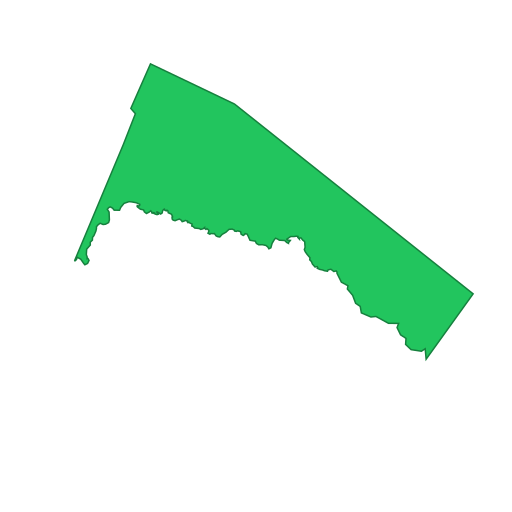 the district of Jasper, Texas, United States of America, rotated 306°
{"feature_id": "52423323B15193843372165", "entity_name": "Jasper", "entity_type": "district", "adm_level": 2, "iso_a3": "USA", "parent_name": "United States of America", "parent_adm1": "Texas", "projection": "mercator", "projection_center": [-94.183, 30.7], "detail": "fine", "context": "isolated", "style": "filled", "palette": "green", "viewbox_px": 512, "rotation_deg": 306, "n_neighbors": 0, "source": "geoboundaries", "source_scale": "gbopen_adm2", "svg_char_len": 2758}
<svg xmlns="http://www.w3.org/2000/svg" viewBox="0 0 512 512"><g transform="rotate(306 256 256)"><path d="M349.4,57.7L301.8,68.0L300.2,74.8L268.0,83.2L145.9,111.9L145.7,112.4L146.5,112.7L148.3,112.7L149.9,112.0L150.4,116.1L148.7,121.0L148.3,122.7L151.0,124.1L154.3,123.5L155.2,121.5L155.3,120.6L155.1,120.6L156.1,119.8L157.4,117.9L162.0,115.0L167.5,115.5L169.7,113.8L172.7,114.3L175.0,112.8L177.2,112.9L182.1,111.8L184.4,110.8L185.9,109.7L188.5,109.9L190.9,110.7L191.6,113.8L193.3,115.6L196.4,117.1L199.0,116.2L205.2,111.3L206.4,108.2L208.6,108.4L210.1,109.2L210.4,111.9L209.7,114.3L212.8,118.7L215.8,118.0L221.0,118.3L225.3,121.3L226.6,123.4L228.7,127.8L229.5,131.6L228.5,132.1L227.4,131.7L227.0,130.3L226.4,130.5L226.0,131.2L225.9,134.9L227.2,138.0L226.1,139.7L226.0,142.4L228.8,143.8L230.7,144.3L230.4,145.5L229.6,146.5L230.1,147.5L230.7,147.4L231.2,148.5L230.5,148.9L230.8,150.2L231.3,151.6L232.4,152.4L232.9,151.2L233.4,149.3L233.7,150.7L233.9,152.9L233.9,154.2L235.7,154.8L237.6,153.9L239.3,153.9L240.1,154.4L239.4,155.4L239.8,156.9L240.7,157.0L240.8,158.0L239.4,159.6L240.1,162.8L239.5,164.3L238.6,165.5L238.1,165.2L236.6,166.5L236.3,167.9L237.0,169.8L238.9,170.9L240.9,172.3L241.0,174.4L240.4,176.1L241.8,177.2L243.2,177.9L244.0,179.9L243.3,180.3L243.0,181.4L243.9,181.7L243.8,183.2L244.3,185.5L242.5,186.4L242.9,187.8L242.6,190.0L244.9,194.0L245.0,195.6L246.9,197.2L248.8,197.7L248.1,198.2L248.1,199.9L249.3,200.2L249.1,202.4L248.6,203.2L246.2,203.8L246.5,205.9L247.6,206.2L249.1,208.6L249.7,209.1L248.8,212.0L249.2,213.8L250.1,215.5L253.6,215.9L257.6,217.7L261.7,218.5L263.8,221.0L264.2,223.3L263.6,224.0L264.4,225.7L265.6,226.4L266.6,229.3L264.9,231.1L265.1,233.6L266.8,234.2L267.7,234.0L268.5,236.0L267.5,237.9L265.2,241.9L267.6,246.7L266.4,249.0L266.7,251.7L268.9,254.5L270.4,257.9L270.2,260.3L269.4,262.2L271.4,263.2L275.7,261.6L280.0,261.2L281.9,261.4L282.4,263.7L282.5,265.6L285.4,270.1L285.0,272.9L285.3,274.8L285.8,274.4L287.7,274.6L288.8,274.6L288.1,273.3L287.3,271.8L287.7,271.0L289.4,271.6L292.1,272.6L294.1,275.3L295.9,277.2L296.5,278.5L295.6,278.9L295.2,281.0L295.4,280.8L295.6,280.3L297.1,281.6L296.3,284.7L296.3,286.4L296.0,287.2L294.6,288.3L291.9,290.6L289.6,291.3L288.4,293.3L287.4,296.2L286.3,300.7L284.5,301.7L284.1,304.1L282.7,306.3L281.8,310.2L283.4,311.7L282.9,312.9L282.1,312.9L282.6,315.4L283.8,318.0L284.3,320.0L285.7,322.8L287.2,322.5L289.3,324.4L289.2,328.1L291.1,329.7L290.6,331.0L289.6,331.7L285.0,340.5L286.0,347.9L283.0,349.3L281.0,357.3L276.3,364.4L276.5,369.9L271.9,374.7L274.2,384.8L277.6,388.6L279.4,402.7L285.3,411.0L281.0,412.2L277.2,419.3L277.5,425.8L272.4,429.0L271.4,436.5L276.2,445.8L280.4,447.4L272.5,454.3L353.0,453.9L366.3,149.3L349.4,57.7Z" fill="#22c55e" stroke="#15803d" stroke-width="1.5"/></g></svg>